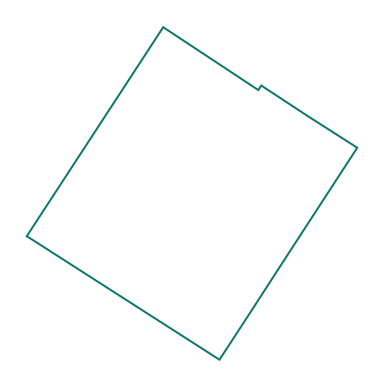 outline of Gratiot, Michigan, United States of America, rotated 123°
{"feature_id": "52423323B41656630060914", "entity_name": "Gratiot", "entity_type": "district", "adm_level": 2, "iso_a3": "USA", "parent_name": "United States of America", "parent_adm1": "Michigan", "projection": "robinson", "projection_center": [-84.616, 43.292], "detail": "fine", "context": "isolated", "style": "outline", "palette": "teal", "viewbox_px": 384, "rotation_deg": 123, "n_neighbors": 0, "source": "geoboundaries", "source_scale": "gbopen_adm2", "svg_char_len": 289}
<svg xmlns="http://www.w3.org/2000/svg" viewBox="0 0 384 384"><g transform="rotate(123 192 192)"><path d="M319.0,299.6L317.7,77.6L254.6,77.5L191.5,77.6L64.9,77.5L65.3,134.7L65.0,191.9L70.4,191.9L69.5,305.9L319.1,306.5L319.0,299.6Z" fill="none" stroke="#0f766e" stroke-width="2"/></g></svg>